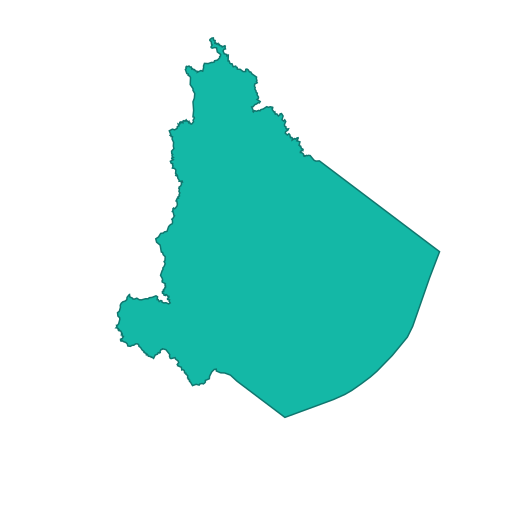 the district of Rutsiro, Western, Rwanda, rotated 217°
{"feature_id": "39286606B49553879902836", "entity_name": "Rutsiro", "entity_type": "district", "adm_level": 2, "iso_a3": "RWA", "parent_name": "Rwanda", "parent_adm1": "Western", "projection": "robinson", "projection_center": [29.444, -1.9], "detail": "fine", "context": "isolated", "style": "filled", "palette": "teal", "viewbox_px": 512, "rotation_deg": 217, "n_neighbors": 0, "source": "geoboundaries", "source_scale": "gbopen_adm2", "svg_char_len": 6164}
<svg xmlns="http://www.w3.org/2000/svg" viewBox="0 0 512 512"><g transform="rotate(217 256 256)"><path d="M420.9,400.3L418.9,398.3L418.0,398.2L417.8,396.1L417.3,395.5L416.1,395.6L414.6,397.5L412.8,398.5L409.7,395.7L405.6,395.7L404.7,394.3L405.0,393.3L404.3,392.5L404.7,389.2L406.6,387.0L406.1,385.8L407.1,384.4L408.0,383.9L410.0,380.9L413.1,378.8L412.3,376.2L411.2,374.9L409.8,371.5L411.6,371.0L413.4,367.5L413.7,368.3L415.8,367.4L417.3,367.9L417.9,367.3L419.5,367.4L419.8,366.7L421.4,368.0L422.3,367.3L423.8,367.4L424.6,366.1L425.7,365.6L425.6,364.6L424.6,363.8L424.7,362.5L421.1,360.1L419.5,360.5L419.0,359.5L416.9,359.7L415.6,359.0L411.7,353.3L406.9,351.7L406.1,350.4L402.7,348.9L400.2,344.9L399.1,341.2L393.4,334.7L390.1,329.2L388.8,329.6L388.2,329.1L388.0,326.6L386.6,325.6L386.8,322.7L388.0,322.1L389.2,322.7L389.8,322.0L390.5,323.1L390.9,322.4L391.8,322.6L392.2,322.1L393.7,322.7L393.8,320.9L395.0,320.8L395.5,320.0L394.6,318.4L395.8,318.5L396.9,317.7L396.2,317.3L397.1,316.6L396.4,315.9L396.9,315.5L396.4,314.3L397.2,314.3L395.9,313.4L396.7,311.9L395.8,310.5L396.9,307.8L399.1,307.0L400.6,303.8L397.4,301.9L397.2,300.7L396.3,301.2L395.7,300.3L394.5,301.0L393.4,298.9L390.2,297.2L388.2,294.0L386.2,292.4L386.5,288.9L384.8,287.0L383.7,287.0L383.7,285.9L382.7,285.0L381.3,284.9L382.2,283.7L381.9,283.0L380.0,283.1L381.4,280.1L379.5,279.0L378.2,279.7L377.4,278.4L376.5,278.1L375.7,275.9L373.7,276.9L371.7,276.4L370.0,273.6L369.1,273.6L368.7,272.1L367.9,272.1L367.4,273.1L365.2,271.1L362.8,270.2L362.4,269.4L360.0,271.4L359.2,270.7L360.2,270.0L358.7,268.5L358.3,266.5L358.9,264.6L358.2,264.2L358.2,263.5L357.5,263.5L356.3,261.1L354.8,260.6L354.2,258.4L353.3,258.0L353.9,256.0L352.8,255.5L353.6,254.6L353.0,251.9L352.3,252.2L349.9,250.0L349.2,248.5L349.2,245.5L349.7,244.6L350.6,244.8L350.8,243.8L349.8,242.5L349.6,241.1L348.6,241.3L346.1,239.1L345.3,239.1L345.0,235.7L345.4,234.7L344.3,234.3L342.6,232.3L342.4,231.0L343.2,229.6L343.5,227.0L341.9,222.1L343.6,220.2L343.9,218.5L345.7,216.7L345.3,212.5L346.4,209.4L343.7,207.2L339.1,207.0L334.0,202.2L332.7,202.6L330.9,201.2L328.1,200.8L325.9,197.5L326.1,196.3L323.9,195.2L323.1,192.3L323.2,190.4L322.2,189.3L322.2,188.0L320.6,183.1L317.4,181.7L316.0,180.5L316.1,179.7L315.3,178.8L311.7,179.3L311.3,178.0L310.5,177.9L309.5,176.6L309.9,176.3L309.2,174.8L309.6,173.9L308.6,172.4L309.1,172.4L308.7,171.9L309.3,171.2L308.3,170.0L307.0,170.3L305.9,169.4L304.5,170.0L304.8,170.8L304.3,171.3L302.1,170.8L301.4,171.2L301.4,170.4L300.7,170.3L300.9,168.5L300.4,168.1L298.6,168.9L298.2,167.6L296.3,166.9L296.9,165.2L299.8,164.5L301.4,163.0L303.2,162.6L304.2,163.5L305.2,163.2L305.9,161.4L307.9,162.3L308.7,161.7L310.1,164.2L311.9,164.0L314.1,160.4L316.1,158.5L316.5,156.8L318.4,155.5L321.1,152.0L322.9,150.8L325.8,150.6L327.2,148.4L328.5,147.6L329.3,148.0L332.1,147.4L333.8,149.1L334.0,148.6L334.1,145.4L332.9,143.4L333.3,141.4L334.8,139.2L335.2,137.1L334.8,135.0L333.3,133.3L331.9,129.5L332.5,127.4L330.1,124.9L327.8,124.7L326.6,123.4L324.9,119.2L325.0,117.2L325.6,116.7L324.7,116.1L324.6,114.9L324.2,115.5L323.6,114.8L322.3,115.2L321.7,114.1L320.7,113.9L320.5,114.7L319.9,114.2L319.0,114.7L317.1,113.8L316.2,112.3L315.9,113.1L314.6,111.6L313.5,112.0L313.1,109.8L314.1,108.0L313.4,107.2L312.6,106.8L312.0,107.3L312.2,108.0L310.5,107.8L307.9,108.6L306.0,108.4L304.2,107.0L301.9,108.3L301.2,110.1L299.9,111.2L299.2,113.5L297.6,114.6L295.9,114.3L295.1,113.4L293.2,113.5L290.6,112.5L287.7,112.3L287.4,111.6L285.3,112.0L284.2,111.2L284.2,111.9L283.6,112.1L281.7,111.2L279.3,112.4L278.7,112.0L278.0,112.6L276.2,112.6L276.9,116.3L275.6,118.3L275.9,120.0L274.7,120.5L274.4,121.3L275.1,121.9L275.6,123.7L274.7,125.1L274.9,125.6L271.6,127.0L265.6,125.4L264.7,123.8L263.0,122.7L262.1,122.9L259.5,126.1L258.3,125.3L255.2,125.3L253.6,124.4L253.6,121.9L252.4,121.7L252.4,121.3L248.6,122.2L246.7,120.3L245.9,121.3L244.3,121.3L242.7,119.7L241.4,120.2L240.8,119.4L238.6,119.4L237.2,117.4L236.2,117.6L235.7,116.7L234.3,116.9L233.6,115.8L232.6,115.9L228.7,114.3L226.6,117.5L223.7,118.7L223.8,120.1L222.3,121.8L221.1,122.1L220.6,123.7L220.6,124.9L221.6,126.1L219.4,129.9L220.7,132.0L221.6,136.8L221.1,140.3L219.6,141.7L218.5,140.3L214.0,141.4L210.7,143.7L204.7,145.5L196.0,144.6L135.8,144.5L107.7,188.1L101.6,199.2L98.5,206.6L95.0,217.4L91.9,228.1L90.1,236.6L87.3,258.6L86.3,282.3L88.5,294.0L104.3,343.2L112.0,369.9L262.6,370.1L265.3,367.8L267.3,367.4L273.2,368.8L274.8,367.9L275.5,366.8L276.3,366.7L276.7,365.7L277.3,365.5L277.1,364.9L277.8,364.6L279.6,366.0L281.9,366.0L282.8,365.3L283.5,366.1L283.8,365.9L283.1,366.5L283.0,368.1L282.0,368.3L282.6,369.5L284.6,369.3L286.3,370.5L286.7,370.1L287.7,370.7L288.3,370.4L289.6,373.6L292.7,372.6L292.7,374.0L293.6,374.5L293.2,375.5L293.6,375.8L294.3,375.0L294.8,373.2L295.9,373.0L296.9,370.4L297.7,372.0L298.9,372.2L299.7,371.3L302.0,373.2L303.3,373.4L303.8,371.5L306.5,371.7L307.2,373.2L306.3,375.7L306.6,377.1L307.8,375.8L309.2,376.1L309.6,377.1L311.2,376.9L312.5,378.3L313.2,381.3L315.0,382.0L315.1,380.4L317.3,380.5L318.6,384.1L321.4,385.1L322.3,384.0L321.9,383.1L322.4,381.3L324.9,382.0L325.9,380.9L327.7,382.4L327.9,381.8L330.6,382.5L331.8,383.3L331.7,384.4L332.2,384.8L334.5,383.7L335.5,382.2L337.3,381.7L338.7,377.8L340.2,375.8L340.2,374.4L341.6,373.8L342.7,371.9L344.6,371.2L344.8,369.4L345.4,369.6L345.5,370.4L349.1,372.4L348.2,373.4L348.0,376.3L347.0,377.8L346.6,379.7L345.4,380.3L345.6,381.9L349.4,381.6L349.0,383.3L349.6,384.4L352.2,385.4L352.9,386.8L354.5,386.9L355.5,388.0L357.4,388.6L358.0,390.1L359.4,390.6L360.5,392.5L359.3,395.1L360.7,395.6L360.7,396.5L362.7,398.1L363.2,399.2L368.8,399.0L371.0,399.8L372.0,399.1L374.4,400.0L375.8,399.8L376.5,398.9L375.3,397.1L377.3,395.5L380.9,395.6L383.3,394.0L384.5,395.2L385.1,394.8L386.5,395.4L388.1,393.4L390.9,395.1L391.8,394.3L393.0,394.3L394.8,395.6L395.7,395.0L399.0,399.7L399.9,398.3L400.6,399.3L403.1,398.4L405.7,399.9L406.0,401.8L405.0,403.0L406.6,404.3L406.8,405.1L407.4,405.2L408.8,402.6L409.7,403.1L411.6,402.3L412.5,403.0L413.2,402.1L414.2,403.0L415.2,401.4L416.3,402.0L416.9,401.2L418.3,403.5L419.9,402.9L421.3,404.5L422.4,403.5L423.1,401.2L422.5,400.3L420.9,400.3Z" fill="#14b8a6" stroke="#0f766e" stroke-width="1.5"/></g></svg>